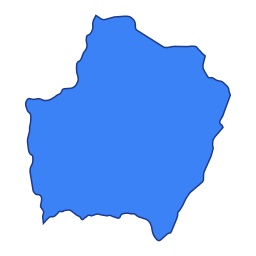 the Province of Kamphaeng Phet
{"feature_id": "THA-400", "entity_name": "Kamphaeng Phet", "entity_type": "Province", "adm_level": 1, "iso_a3": "THA", "parent_name": "Thailand", "parent_adm1": "", "projection": "albers", "projection_center": [99.403, 16.336], "detail": "fine", "context": "isolated", "style": "filled", "palette": "blue", "viewbox_px": 256, "rotation_deg": 0, "n_neighbors": 0, "source": "natural_earth", "source_scale": "10m", "svg_char_len": 3574}
<svg xmlns="http://www.w3.org/2000/svg" viewBox="0 0 256 256"><path d="M205.2,56.0L203.0,64.7L203.0,67.5L203.4,69.0L204.6,71.5L207.8,76.8L208.5,77.5L209.3,77.8L210.1,77.8L211.6,77.6L212.3,77.8L213.0,78.1L214.2,78.7L215.9,79.9L217.2,80.5L217.9,80.7L221.1,81.3L222.4,81.9L223.9,83.1L226.8,85.9L228.0,87.4L228.6,88.7L228.9,90.9L230.3,95.2L222.7,116.0L220.3,120.1L219.8,121.5L219.7,122.6L220.0,123.2L220.4,123.8L220.8,124.3L221.3,124.7L222.3,125.7L223.0,127.5L214.9,136.8L213.0,139.9L212.6,143.2L212.6,145.0L213.2,148.4L211.0,156.3L203.9,172.3L203.6,174.1L203.4,180.0L203.0,181.0L202.6,181.8L190.6,192.1L189.2,193.6L185.7,199.0L182.4,205.9L180.1,209.6L178.5,211.6L177.8,212.7L177.6,213.7L177.7,214.5L177.5,215.8L176.8,218.4L171.3,231.7L170.4,232.9L168.8,233.2L167.5,233.8L167.0,234.2L160.7,239.9L159.5,240.5L158.5,240.6L157.3,239.9L156.8,239.6L155.1,237.5L153.7,235.2L153.1,233.9L152.3,231.0L151.5,226.4L150.4,223.7L149.7,222.5L148.9,221.4L148.5,221.0L147.5,220.1L146.9,219.7L145.7,219.1L138.9,216.9L137.1,215.9L135.0,214.2L134.4,213.9L133.8,213.7L132.9,213.7L131.9,213.9L131.0,213.9L130.2,213.7L128.8,213.3L127.9,213.2L126.2,213.2L124.0,213.5L122.3,213.9L121.3,214.6L120.6,215.6L120.0,217.1L119.3,217.8L118.5,218.1L117.7,218.1L112.7,216.5L110.2,215.3L109.2,215.4L107.6,215.7L106.8,215.8L100.4,214.7L98.2,214.0L97.1,214.1L95.7,214.4L92.0,215.7L90.9,215.8L90.3,215.4L89.5,215.2L88.1,215.4L87.2,216.0L86.4,216.9L85.0,217.6L84.1,218.4L83.2,219.4L82.5,219.6L81.9,219.5L81.4,219.0L81.0,218.5L80.3,217.4L79.9,216.8L79.4,216.5L78.8,216.1L77.5,215.6L76.3,214.9L71.0,210.7L70.4,210.4L69.7,210.2L68.9,210.0L68.1,210.0L63.9,210.7L63.0,211.5L62.0,211.6L61.1,211.6L59.8,211.4L59.1,211.7L58.6,212.2L57.6,213.4L55.1,215.8L54.1,216.4L53.0,216.7L50.6,216.7L49.8,217.0L49.1,217.4L46.3,220.1L43.4,223.4L42.7,216.4L43.6,212.7L43.6,211.8L43.4,211.0L42.7,209.8L40.7,207.0L40.6,206.0L40.7,204.8L41.1,203.2L41.6,200.0L41.6,198.4L41.5,197.3L41.2,196.8L40.8,196.1L39.9,195.2L39.3,194.8L38.5,194.6L36.9,194.6L35.9,194.2L35.0,193.5L33.6,191.7L33.1,190.5L30.0,171.7L30.0,170.8L30.2,169.2L30.3,168.4L31.3,165.7L32.0,164.4L32.4,163.3L32.8,161.8L32.9,158.4L32.8,156.7L32.5,155.6L31.1,154.7L30.2,154.0L29.0,151.8L28.4,149.3L27.5,141.7L27.6,139.0L29.5,131.4L29.6,130.6L29.6,127.4L29.9,125.6L30.3,124.1L30.7,121.0L30.9,117.3L30.7,115.5L30.5,114.3L30.1,113.7L29.7,113.2L28.8,112.3L28.1,111.7L27.5,110.8L25.8,105.8L25.7,103.8L25.8,102.5L26.4,101.1L27.1,99.9L27.9,99.0L28.3,98.8L28.7,98.6L29.4,98.6L30.9,98.9L31.6,99.1L33.2,99.4L34.0,99.4L34.8,99.3L37.7,98.7L38.5,98.7L39.3,98.8L40.8,99.2L43.5,100.3L44.2,100.5L45.9,100.5L48.4,100.2L50.5,99.5L55.1,96.7L56.7,95.4L58.4,94.5L59.2,94.2L59.7,93.9L60.3,93.6L60.7,93.1L61.1,92.5L62.0,90.5L62.3,89.9L62.7,89.4L63.3,89.1L64.0,88.8L64.8,88.7L70.7,88.3L72.3,87.9L72.9,87.7L75.1,86.1L75.8,85.4L76.5,84.2L77.7,81.7L78.1,80.3L78.3,79.1L77.8,76.0L77.6,75.2L76.9,73.2L76.8,72.4L76.5,69.4L76.6,66.1L76.7,64.4L77.0,63.3L77.7,62.1L78.2,61.6L78.8,61.3L79.5,61.0L80.3,60.3L81.1,59.1L83.4,53.0L86.3,48.9L87.0,46.4L87.0,44.7L86.7,43.2L86.2,40.6L86.4,37.7L86.7,36.4L87.2,35.5L89.7,34.3L90.3,33.6L91.1,32.6L92.1,30.5L92.6,29.2L92.8,28.1L92.8,23.2L93.5,20.2L95.9,15.4L101.6,19.2L104.0,19.8L114.2,17.0L125.0,16.2L127.4,16.3L129.6,16.7L130.5,17.2L131.7,18.0L132.7,18.9L134.0,20.4L134.3,20.9L134.9,22.2L135.1,23.0L135.3,24.6L135.4,27.1L135.5,27.9L136.0,29.3L136.4,29.8L137.0,30.3L163.8,47.2L164.9,47.4L166.6,47.5L167.4,47.5L173.7,46.4L187.6,46.6L191.2,46.2L194.6,46.3L195.8,46.6L196.5,47.0L198.7,49.6L200.1,50.9L201.8,53.0L205.2,56.0Z" fill="#3b82f6" stroke="#1e3a8a" stroke-width="1.5"/></svg>